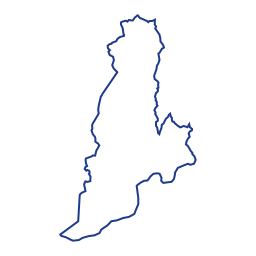 Guayanilla, Puerto Rico (Mercator projection)
{"feature_id": "32010507B36616514861103", "entity_name": "Guayanilla", "entity_type": "district", "adm_level": 2, "iso_a3": "PRI", "parent_name": "Puerto Rico", "parent_adm1": "", "projection": "mercator", "projection_center": [-66.788, 18.044], "detail": "fine", "context": "isolated", "style": "outline", "palette": "blue", "viewbox_px": 256, "rotation_deg": 0, "n_neighbors": 0, "source": "geoboundaries", "source_scale": "gbopen_adm2", "svg_char_len": 2732}
<svg xmlns="http://www.w3.org/2000/svg" viewBox="0 0 256 256"><path d="M60.3,234.5L61.2,235.8L64.7,236.9L65.5,237.1L69.2,238.9L69.7,239.2L69.8,239.3L72.8,240.6L74.7,240.5L76.3,240.3L78.7,240.1L80.6,239.0L82.5,237.9L88.3,236.2L88.7,236.1L94.6,235.3L98.1,233.7L99.5,233.1L101.1,229.9L102.1,229.1L103.5,228.0L107.3,225.5L108.2,224.6L111.3,221.3L111.4,221.2L111.5,221.2L116.7,220.4L123.2,218.0L128.9,216.9L134.3,214.0L136.1,209.4L138.0,204.9L138.3,204.3L138.3,198.1L138.3,197.8L137.7,193.6L137.3,190.5L136.7,186.0L136.7,185.7L137.8,184.8L140.5,182.7L142.8,181.5L144.0,180.8L147.5,180.5L148.7,178.9L149.1,178.3L150.7,176.2L153.4,173.8L157.2,173.3L157.7,173.4L157.8,173.4L159.6,173.8L161.2,177.1L161.5,177.6L161.2,180.8L163.3,182.9L171.6,181.8L173.7,179.3L174.1,178.4L175.0,174.2L174.9,172.9L177.8,167.9L185.7,164.6L188.0,163.8L190.5,164.8L194.0,163.7L195.7,159.9L194.4,156.3L192.2,153.9L192.4,152.8L191.0,151.3L187.9,146.0L185.9,144.3L186.6,141.3L187.9,138.7L189.7,136.8L188.7,133.6L189.6,131.7L192.0,130.2L192.0,128.9L189.9,127.2L189.2,124.2L187.5,127.2L183.7,126.0L180.3,127.4L177.8,125.8L174.7,123.1L173.8,121.7L172.5,121.6L171.8,119.9L172.0,118.1L171.0,116.9L170.1,113.7L168.9,114.8L168.0,116.9L165.8,118.9L163.4,123.7L161.8,124.7L161.5,127.9L160.1,131.4L159.3,134.2L158.2,133.2L157.1,127.3L156.1,126.1L156.0,122.1L157.8,120.7L157.8,118.6L155.2,113.9L155.6,112.5L154.4,110.3L155.2,108.3L157.5,105.7L156.7,104.1L156.8,101.8L155.6,100.3L155.9,99.0L155.0,96.5L156.1,92.9L157.7,91.6L158.0,89.6L157.2,88.4L158.4,87.7L158.1,84.7L158.5,82.7L157.4,81.1L154.7,79.1L154.1,76.0L156.3,69.6L156.5,68.7L157.0,65.5L157.7,64.6L158.5,63.0L159.5,59.8L158.4,53.6L159.5,52.8L161.9,48.8L164.0,47.6L163.0,44.8L160.5,41.5L160.3,38.2L159.4,34.5L155.2,28.5L156.1,26.6L154.7,24.5L154.9,19.7L152.2,21.0L149.5,21.0L148.2,22.2L147.3,21.2L141.6,18.6L139.8,18.0L137.9,15.4L137.5,15.4L134.8,17.6L132.8,20.4L131.8,20.5L128.8,20.0L127.5,21.6L125.8,20.7L122.5,21.6L121.0,22.4L120.9,24.2L122.7,28.3L123.5,34.0L124.1,34.9L124.0,35.9L119.7,37.1L117.4,39.0L116.2,41.2L112.1,42.7L111.6,43.7L109.1,44.4L107.6,45.9L108.0,48.4L109.9,50.2L108.4,51.6L109.6,54.9L113.1,56.8L113.9,60.2L112.2,65.2L113.8,68.6L117.3,72.2L110.0,82.9L109.3,83.9L104.3,91.2L102.5,93.8L101.8,95.5L100.9,96.4L98.8,105.3L98.2,109.5L98.7,113.4L97.9,115.0L92.6,123.8L92.1,125.2L92.4,128.8L91.5,130.4L92.9,134.3L94.9,136.8L95.4,138.4L95.4,141.7L98.1,143.6L99.3,145.5L96.3,150.7L95.1,155.6L92.7,155.5L91.9,156.3L86.1,158.4L85.6,159.3L85.9,163.2L87.1,166.1L85.5,166.9L84.7,168.9L86.3,170.7L87.3,170.0L89.2,170.8L89.7,172.8L88.9,173.8L90.5,176.6L90.3,181.1L87.5,181.9L85.4,181.4L84.1,184.2L85.5,191.1L81.5,192.9L79.8,194.7L79.6,197.0L78.2,221.3L60.3,234.5Z" fill="none" stroke="#1e3a8a" stroke-width="2"/></svg>